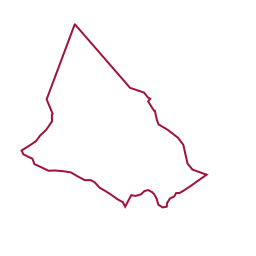 Kristinehamn, Värmland, Sweden, rotated 114°
{"feature_id": "70781695B91017717929133", "entity_name": "Kristinehamn", "entity_type": "district", "adm_level": 2, "iso_a3": "SWE", "parent_name": "Sweden", "parent_adm1": "Värmland", "projection": "albers", "projection_center": [14.142, 59.269], "detail": "fine", "context": "isolated", "style": "outline", "palette": "rose", "viewbox_px": 256, "rotation_deg": 114, "n_neighbors": 0, "source": "geoboundaries", "source_scale": "gbopen_adm2", "svg_char_len": 970}
<svg xmlns="http://www.w3.org/2000/svg" viewBox="0 0 256 256"><g transform="rotate(114 128 128)"><path d="M55.1,218.8L55.3,218.8L134.9,214.0L145.7,202.6L147.1,202.9L152.7,200.1L162.6,201.9L170.6,205.2L177.2,206.6L183.4,210.4L188.0,213.5L191.8,216.1L194.6,212.9L194.9,207.7L194.9,202.9L199.1,198.7L199.1,192.4L199.4,183.3L196.6,177.6L193.6,168.9L191.8,162.0L192.7,154.2L193.2,146.1L190.8,141.0L191.1,136.5L194.1,129.6L194.7,123.6L195.6,117.4L197.3,109.0L197.4,108.3L197.9,102.4L201.0,98.6L188.1,97.7L186.9,93.4L183.4,89.2L178.8,87.3L176.5,84.2L176.8,79.9L178.0,76.8L181.1,73.0L185.7,69.1L186.5,64.1L184.1,60.6L180.7,61.8L175.3,61.0L171.8,58.0L167.9,57.6L166.4,54.5L163.3,52.2L155.4,47.1L148.2,42.9L138.7,37.2L139.8,52.2L136.3,59.1L128.6,64.9L120.9,70.6L116.6,78.3L113.5,91.1L112.3,101.5L108.8,105.0L101.7,110.2L101.9,110.3L101.5,111.5L95.5,120.4L92.3,119.6L91.9,122.5L89.1,127.8L90.5,142.4L55.0,218.4L55.1,218.8Z" fill="none" stroke="#9f1239" stroke-width="2"/></g></svg>